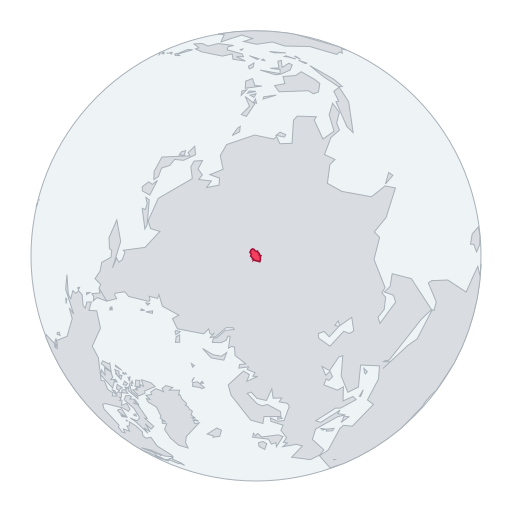 Uvs on an orthographic globe, rotated 222°
{"feature_id": "MNG-3322", "entity_name": "Uvs", "entity_type": "Province", "adm_level": 1, "iso_a3": "MNG", "parent_name": "Mongolia", "parent_adm1": "", "projection": "orthographic", "projection_center": [92.636, 49.633], "detail": "fine", "context": "on_globe", "style": "filled", "palette": "rose", "viewbox_px": 512, "rotation_deg": 222, "n_neighbors": 0, "source": "natural_earth", "source_scale": "10m", "svg_char_len": 13335}
<svg xmlns="http://www.w3.org/2000/svg" viewBox="0 0 512 512"><g transform="rotate(222 256 256)"><circle cx="256" cy="256" r="225" fill="#eef3f6" stroke="#a8b0b8"/><path d="M358.0,55.1L359.5,57.1L347.1,56.2L344.5,53.7L341.8,54.2L344.9,57.7L347.6,59.9L342.6,69.9L350.7,86.5L360.1,92.6L352.7,90.9L375.2,103.9L384.0,115.6L369.8,101.9L365.1,100.3L368.9,107.7L364.9,107.7L364.5,111.4L359.3,110.9L351.4,103.5L348.0,103.1L350.9,108.5L347.6,111.7L343.8,103.8L337.7,108.7L323.3,98.3L317.3,79.4L305.2,75.0L287.8,59.9L285.1,61.7L276.9,57.7L270.7,58.5L269.2,55.9L265.6,58.8L268.1,61.1L267.4,63.2L264.0,64.0L261.5,60.7L262.9,59.8L260.4,59.3L260.6,57.4L258.6,58.8L256.0,55.0L253.5,60.0L247.2,58.0L246.9,55.2L253.5,53.9L269.1,45.6L270.8,43.2L266.5,40.6L244.6,38.6L243.7,36.8L237.7,35.6L235.1,37.0L238.9,38.6L232.7,41.3L238.1,43.3L236.3,44.9L239.2,48.1L231.6,49.4L222.7,49.2L220.0,46.8L216.0,46.9L212.8,50.9L202.1,48.7L185.4,51.6L183.4,51.2L189.9,46.3L204.4,41.3L212.8,36.8L200.2,41.8L195.4,41.3L191.6,42.2L187.6,43.7L186.6,44.8L183.5,45.3L194.8,40.1L197.9,39.6L194.2,41.1L201.1,39.0L208.7,36.3L205.7,36.6L219.0,33.8L234.7,31.7L250.6,30.8L266.5,31.0L282.3,32.3L298.0,34.7L313.5,38.2L328.7,42.8L343.5,48.4L358.0,55.1ZM454.0,148.7L452.6,146.4L452.1,145.2L454.0,148.7ZM452.7,146.9L453.0,147.3L452.9,147.3L452.7,146.9ZM453.2,148.2L452.8,147.3L453.5,148.6L453.2,148.2ZM454.2,150.3L453.6,149.0L453.7,149.3L454.2,150.3ZM454.9,152.7L455.0,153.2L454.4,151.7L454.9,152.7ZM349.5,61.0L345.4,57.8L344.0,54.9L347.9,57.5L349.5,61.0ZM351.4,67.7L348.4,65.9L351.6,64.8L352.4,66.1L351.4,67.7ZM367.8,97.4L365.2,93.6L369.1,97.3L367.8,97.4ZM365.3,112.0L367.3,113.2L366.2,114.7L365.3,112.0ZM243.1,47.2L241.2,47.6L241.6,46.8L243.1,47.2ZM246.2,48.3L248.1,47.0L249.9,47.4L248.6,48.1L246.2,48.3ZM357.4,115.4L355.0,117.7L356.1,114.0L357.4,115.4ZM243.4,49.8L252.7,48.2L255.8,48.9L253.6,52.5L243.4,49.8ZM352.8,118.1L347.2,124.2L351.2,127.1L336.8,122.6L346.3,118.7L346.9,113.7L349.3,117.3L352.8,118.1ZM270.4,61.5L267.6,59.1L273.1,60.4L270.4,61.5ZM274.1,61.9L292.1,63.7L294.6,68.0L288.1,66.3L293.8,71.6L286.2,72.7L281.3,70.0L281.2,67.0L278.4,69.8L274.1,61.9ZM329.7,119.4L327.2,120.0L328.3,118.0L329.7,119.4ZM267.5,64.2L270.9,64.1L273.3,67.7L267.0,68.6L268.2,67.1L267.5,64.2ZM299.0,72.5L299.7,75.6L293.7,77.2L293.2,78.7L286.2,73.1L299.0,72.5ZM266.0,66.7L263.7,69.1L259.4,68.2L264.4,64.6L266.0,66.7ZM276.6,68.3L277.5,70.1L274.9,69.4L276.6,68.3ZM243.2,66.9L247.2,66.3L248.8,68.1L243.2,66.9ZM263.1,70.1L264.5,70.4L265.6,71.1L263.3,72.5L263.1,70.1ZM282.5,74.8L279.9,74.9L285.0,77.1L280.8,78.7L276.9,74.8L276.8,77.1L275.5,77.6L273.8,73.9L282.5,74.8ZM264.2,76.1L257.8,72.0L250.0,72.5L248.3,70.9L261.2,70.5L264.2,76.1ZM270.0,75.1L266.0,75.3L266.0,73.0L268.6,71.5L270.0,75.1ZM279.2,81.3L286.8,79.9L287.4,80.8L279.2,81.3ZM261.9,76.6L263.5,77.6L261.3,76.9L261.9,76.6ZM273.9,80.3L276.5,79.6L277.1,80.7L273.9,80.3ZM264.5,80.3L262.4,79.0L264.2,77.8L264.5,80.3ZM268.8,80.7L269.0,82.3L266.1,78.2L269.9,80.2L268.8,80.7ZM274.1,81.4L275.3,81.9L272.9,81.6L274.1,81.4ZM259.0,85.8L254.9,80.9L258.8,78.2L262.3,83.3L259.0,85.8ZM52.1,160.1L53.3,158.1L59.1,148.2L75.2,150.0L72.5,160.2L78.2,183.8L77.8,188.6L70.5,194.0L69.4,224.4L76.9,223.6L82.6,246.4L90.7,257.0L105.3,245.0L92.2,227.1L96.5,216.2L112.4,223.8L124.8,240.0L126.9,236.3L124.6,220.0L133.1,218.1L124.4,214.0L123.7,219.8L118.3,217.6L118.6,212.2L121.6,211.6L119.4,205.6L105.7,210.8L103.5,217.3L94.4,206.5L89.9,216.5L85.5,216.3L91.4,199.5L95.1,196.2L101.4,173.4L96.6,175.8L90.4,197.7L89.8,193.5L83.3,197.7L87.8,191.2L95.9,167.3L91.4,157.4L75.9,157.4L75.4,151.0L79.4,141.0L94.9,130.3L94.4,145.9L99.9,143.1L108.5,132.2L107.6,138.1L111.0,135.8L111.6,141.5L120.8,143.1L122.7,148.4L134.3,143.1L136.9,145.3L129.3,147.7L125.0,152.5L130.7,166.6L134.1,167.5L141.2,163.1L141.9,167.8L148.1,161.8L155.3,167.8L151.6,155.6L159.9,150.9L168.6,151.6L170.6,148.0L156.5,146.9L151.4,148.6L148.1,153.3L133.7,156.8L130.0,153.4L142.6,142.0L138.8,136.2L150.2,130.5L181.5,135.9L190.4,141.7L188.3,162.1L181.6,163.5L179.0,156.7L174.1,167.7L178.0,164.5L178.6,168.7L186.6,165.8L187.4,168.6L193.7,161.2L195.6,164.4L191.5,169.0L205.0,168.1L211.0,173.9L213.6,172.4L214.8,169.1L221.6,179.1L223.3,177.5L221.7,173.6L224.0,168.2L230.6,162.6L232.7,166.4L230.5,168.9L229.1,180.1L223.1,186.6L224.6,187.6L230.2,182.9L232.0,169.1L235.5,164.8L235.6,171.1L235.8,168.5L238.2,167.5L242.4,170.2L242.7,163.2L265.7,149.3L276.2,153.6L273.7,160.4L292.0,156.1L302.3,162.3L300.8,158.6L308.5,154.6L305.4,152.6L305.2,150.6L323.6,140.7L329.5,141.7L335.7,134.2L335.0,132.4L331.0,131.1L336.8,122.6L351.2,127.1L352.2,130.9L360.5,131.5L361.7,140.3L366.4,148.1L362.9,158.0L367.0,163.7L369.8,163.4L377.5,171.3L383.6,189.7L366.3,176.3L354.7,151.2L358.3,161.3L353.8,159.6L352.9,163.7L355.8,171.1L358.4,171.5L344.2,188.2L343.9,210.0L352.8,205.8L359.7,210.0L367.2,233.5L355.1,270.9L364.1,278.7L365.5,285.1L359.6,291.2L357.3,281.9L350.1,280.4L349.8,274.5L339.4,281.9L338.5,273.8L330.9,283.9L335.2,289.5L344.7,285.6L338.5,298.4L349.7,306.7L352.4,319.2L338.0,344.9L321.3,354.6L320.6,358.5L313.3,355.4L304.6,363.9L319.0,382.0L318.9,387.6L304.3,399.9L303.8,396.0L284.5,387.7L281.5,400.9L296.2,410.0L301.3,420.8L290.2,418.4L285.0,408.7L278.2,405.4L279.6,394.3L273.0,377.2L261.9,380.6L262.3,373.4L251.6,357.8L235.3,361.5L209.8,377.3L207.0,394.4L197.9,399.9L185.1,371.7L184.2,353.1L176.6,352.5L166.0,332.4L138.9,318.9L137.8,312.8L132.1,312.1L125.0,302.1L124.3,292.1L118.8,288.9L121.4,315.2L127.6,318.8L136.6,315.1L135.9,323.0L143.0,334.0L125.4,343.1L89.7,333.6L90.8,319.6L87.4,267.6L90.1,264.5L90.2,263.9L90.5,262.9L85.5,267.2L86.4,257.3L83.3,290.9L80.8,302.4L89.1,334.0L87.2,334.5L91.3,342.5L109.9,351.3L109.0,355.2L97.4,366.5L75.7,369.8L81.2,386.7L84.2,396.7L76.5,391.3L83.2,400.5L82.6,399.8L72.3,386.4L63.0,372.3L54.9,357.4L47.8,342.1L41.9,326.2L37.3,309.9L37.0,308.9L32.1,277.3L32.8,269.5L32.7,261.3L31.7,254.9L32.2,245.1L32.1,240.3L32.9,224.6L35.9,208.0L40.1,191.6L45.5,175.7L52.1,160.1ZM62.5,156.1L60.3,158.5L62.5,156.1ZM133.3,265.8L143.8,274.5L147.1,260.3L151.5,262.7L151.0,257.2L147.3,259.3L147.5,245.0L154.9,245.5L157.8,240.0L154.4,236.9L140.7,238.5L140.4,258.7L134.6,261.1L133.3,265.8ZM194.7,41.6L193.7,42.0L189.5,43.4L191.1,42.5L194.7,41.6ZM173.5,52.0L168.9,52.6L173.2,51.3L174.5,50.0L185.2,46.1L183.0,50.8L182.1,49.2L173.5,52.0ZM198.9,42.8L192.4,44.3L199.6,42.5L198.9,42.8ZM129.2,118.9L126.7,122.8L122.4,123.7L120.1,118.1L126.3,116.5L129.2,118.9ZM124.2,128.2L137.3,119.1L139.3,122.6L136.0,122.1L136.0,125.3L130.6,125.4L119.6,138.1L115.1,139.9L113.2,127.9L116.3,130.6L118.6,126.5L124.2,128.2ZM167.4,93.8L173.1,91.0L170.0,102.0L165.0,103.4L162.3,97.6L166.7,92.6L167.4,93.8ZM237.8,56.9L240.2,55.9L240.9,56.7L239.4,58.2L237.8,56.9ZM244.9,66.5L228.1,62.4L230.0,61.0L217.9,61.0L218.1,57.2L226.0,57.2L217.1,54.6L224.2,53.2L217.7,52.0L235.1,52.4L241.2,51.4L234.3,53.9L233.9,57.3L235.6,58.5L244.8,61.1L257.7,61.0L259.4,64.7L257.2,67.4L254.3,68.0L254.1,65.3L250.5,68.1L248.0,64.7L244.9,66.5ZM229.8,102.6L230.8,98.2L223.0,105.1L220.5,100.9L219.8,102.0L215.4,100.2L208.7,99.9L208.5,97.7L206.0,98.6L203.0,97.6L199.5,98.1L197.9,94.5L193.5,94.9L195.3,93.0L188.1,94.9L192.8,91.9L189.3,90.5L186.6,94.1L187.0,75.2L183.5,70.2L178.0,67.9L186.8,63.7L197.6,63.4L207.9,65.9L210.0,71.6L213.6,68.9L215.7,70.9L212.0,72.2L218.9,71.5L219.6,73.5L228.9,77.1L238.5,75.3L242.1,76.7L238.7,78.5L244.7,78.8L240.7,83.2L243.2,84.5L241.8,90.3L233.8,93.4L237.2,94.6L236.3,99.4L229.8,102.6ZM258.3,87.4L249.3,91.5L243.6,91.4L248.4,81.3L246.7,79.6L249.6,73.6L258.0,74.0L256.4,75.6L256.7,77.4L254.0,76.5L256.5,78.5L254.4,80.9L255.7,83.1L252.4,83.8L258.3,87.4ZM81.4,189.2L81.9,192.1L83.5,195.8L79.4,198.7L81.4,189.2ZM86.6,172.9L87.6,174.7L82.7,180.1L82.2,177.3L86.6,172.9ZM92.4,171.2L88.1,174.3L90.1,171.0L92.4,171.2ZM130.6,149.2L132.2,151.1L130.7,152.5L127.9,153.0L130.6,149.2ZM206.2,123.7L207.7,120.9L209.2,121.0L215.9,116.7L218.3,119.6L215.2,123.4L206.2,123.7ZM100.7,244.7L95.9,244.6L95.8,241.5L97.4,242.1L100.7,244.7ZM85.3,220.9L86.8,228.4L84.2,221.7L85.3,220.9ZM209.9,126.3L212.4,124.0L212.1,126.9L209.9,126.3ZM220.4,121.6L220.7,124.7L219.4,119.5L220.4,121.6ZM110.1,417.1L110.2,426.5L102.8,420.5L97.5,414.4L94.8,406.6L102.0,410.4L104.5,408.3L110.1,417.1ZM354.5,431.9L360.6,430.3L360.3,431.0L354.5,431.9ZM348.2,432.0L355.3,429.9L346.9,433.6L348.2,432.0ZM358.1,429.1L365.3,425.4L368.4,423.3L367.8,424.7L358.1,429.1ZM343.3,433.5L316.2,439.5L305.3,439.6L308.0,437.1L325.6,434.5L343.3,433.5ZM307.1,437.1L290.3,432.6L266.4,412.7L275.0,413.0L299.8,424.1L298.2,426.4L308.4,430.5L307.1,437.1ZM347.3,416.6L345.7,423.2L330.8,426.4L324.0,426.9L319.3,419.7L321.9,414.9L327.6,413.9L348.7,393.5L356.2,395.1L349.9,403.5L356.0,407.5L347.3,416.6ZM208.0,396.2L213.3,406.9L208.3,407.6L208.0,396.2ZM356.7,379.6L348.6,389.2L355.8,377.3L356.7,379.6ZM360.7,368.8L361.5,372.4L357.8,369.8L360.7,368.8ZM320.9,364.2L315.0,366.1L314.5,363.3L321.9,359.1L320.9,364.2ZM354.3,329.6L355.2,338.5L354.4,341.8L351.3,337.3L354.3,329.6ZM233.8,151.5L221.8,153.9L214.7,158.3L213.2,164.6L210.2,157.1L221.1,150.3L233.8,151.5ZM261.6,149.0L262.8,143.9L265.7,145.7L265.8,147.1L261.6,149.0ZM259.9,146.2L255.0,140.9L258.0,137.9L261.3,142.6L259.9,146.2ZM232.1,132.9L228.3,133.3L228.7,130.9L232.1,132.9ZM381.6,443.0L376.1,446.5L335.1,466.7L327.0,469.3L331.0,467.3L327.5,464.4L330.3,463.7L330.9,459.8L356.3,447.6L375.1,431.3L386.9,426.1L397.3,413.7L408.8,407.1L404.0,415.3L414.4,410.7L425.3,391.7L427.8,399.4L432.8,395.5L432.2,396.3L421.0,409.4L408.7,421.6L395.6,432.8L381.6,443.0ZM462.7,343.6L463.5,341.7L462.7,343.6ZM369.6,427.0L378.4,419.3L382.9,416.9L369.6,427.0ZM462.1,343.8L460.4,346.5L460.8,345.4L462.1,343.8ZM462.6,341.7L462.6,340.9L463.1,341.7L462.6,341.7ZM459.7,344.6L461.5,343.2L459.4,345.2L459.7,344.6ZM458.3,346.9L456.8,348.3L457.0,347.8L458.3,346.9ZM437.8,372.5L443.9,372.1L438.3,377.9L432.2,379.9L426.3,388.5L413.5,397.5L416.8,392.8L415.4,389.9L401.5,396.9L398.7,395.7L403.9,391.0L394.3,393.8L404.8,386.8L408.9,390.2L414.7,382.1L424.2,376.5L433.0,371.4L439.5,369.3L437.8,372.5ZM404.3,399.5L406.1,398.4L404.4,401.0L404.3,399.5ZM453.9,349.6L456.1,349.0L455.7,350.1L454.6,351.3L453.9,349.6ZM441.1,366.9L448.4,355.0L450.0,353.3L445.1,363.5L441.1,366.9ZM446.9,353.8L450.0,351.0L451.5,351.7L450.8,353.2L446.9,353.8ZM383.0,405.4L382.5,407.2L379.7,407.2L383.0,405.4ZM386.7,402.8L395.0,400.4L385.8,404.5L386.7,402.8ZM360.2,407.6L362.8,410.7L371.0,405.1L364.7,411.1L370.1,415.3L368.1,418.3L362.8,413.6L360.6,421.2L356.9,422.3L355.1,417.0L358.9,408.3L362.6,403.8L377.4,396.9L360.2,407.6ZM386.7,398.1L384.4,394.4L386.1,390.5L388.6,391.9L386.7,398.1ZM377.3,385.5L370.9,381.9L365.3,386.3L376.2,373.5L380.7,379.1L377.3,385.5ZM371.3,374.2L366.2,378.3L371.3,371.2L371.3,374.2ZM364.6,376.7L363.7,372.5L368.0,371.6L364.6,376.7ZM374.1,373.4L374.5,365.5L376.9,369.1L374.1,373.4ZM361.0,363.0L370.7,367.3L358.7,368.2L356.6,353.3L361.6,351.3L361.0,363.0ZM378.8,287.2L376.7,282.7L380.8,279.7L381.1,283.6L378.8,287.2ZM392.1,266.6L381.1,277.4L372.0,286.4L375.6,287.3L375.0,296.6L368.7,290.8L373.9,278.6L381.1,273.3L380.7,265.6L385.0,258.1L381.7,249.6L383.1,244.5L388.3,250.7L392.1,266.6ZM379.9,246.2L375.7,230.2L384.0,228.3L386.9,231.4L385.3,239.4L380.9,239.9L379.9,246.2ZM377.1,225.9L372.9,226.3L357.7,206.2L356.6,201.7L372.5,215.3L369.4,216.5L371.7,221.9L377.1,225.9ZM328.8,121.8L327.3,120.1L329.9,120.8L328.8,121.8ZM303.3,149.6L303.6,146.9L306.5,147.5L303.3,149.6ZM305.9,140.0L302.3,141.1L305.2,138.4L305.9,140.0ZM294.6,144.0L300.5,140.8L296.1,146.1L294.6,144.0Z" fill="#d9dde1" stroke="#a8b0b8" stroke-width="1"/><path d="M255.3,251.1L255.5,251.4L255.5,251.5L255.8,251.6L255.9,251.9L256.0,251.9L256.3,251.7L256.6,251.4L256.8,251.5L256.8,251.8L256.9,252.0L257.0,252.1L257.3,252.2L258.0,252.2L259.1,252.3L260.0,252.3L260.1,252.6L260.2,252.8L260.3,253.3L260.3,253.5L260.4,253.8L260.6,253.9L260.7,254.0L260.8,254.1L260.9,254.3L261.0,254.4L261.3,254.3L261.8,254.3L262.0,254.5L262.9,254.6L263.0,254.7L263.1,254.8L263.2,255.0L263.2,255.4L263.2,255.5L263.2,255.9L263.2,256.0L263.3,256.1L263.3,256.4L263.4,256.5L263.5,256.5L263.8,256.7L263.8,256.8L263.8,257.1L263.6,257.6L263.6,257.8L263.6,258.0L263.6,258.3L263.6,258.5L263.5,258.9L263.4,258.9L263.2,259.0L262.9,259.2L262.7,259.3L262.4,259.5L262.0,259.6L261.6,259.6L261.4,259.6L261.2,259.5L260.8,259.5L260.7,259.5L260.0,259.2L259.9,259.2L258.8,259.8L258.7,259.9L258.6,260.1L258.4,260.3L258.1,260.8L257.9,260.7L257.7,260.5L257.6,260.4L257.5,260.2L257.4,260.0L257.2,259.9L256.9,259.8L256.7,259.9L256.6,260.1L256.3,260.2L256.1,260.2L255.1,259.9L255.0,260.0L254.9,260.0L254.8,259.9L254.7,259.6L254.6,259.4L254.4,259.5L254.3,259.4L254.1,258.7L253.9,258.6L253.7,258.6L253.4,258.8L253.2,259.1L252.9,259.5L252.7,259.6L252.7,259.4L252.6,259.0L252.5,258.9L252.4,258.8L252.4,258.7L252.1,258.6L251.9,258.1L251.8,257.9L251.7,257.9L251.6,257.7L251.6,257.4L251.5,257.2L251.2,257.2L250.9,257.0L250.9,256.9L250.9,256.7L250.6,256.5L250.2,256.3L250.1,256.2L250.0,255.9L249.9,255.8L249.9,255.7L249.7,255.4L249.7,255.2L249.6,254.8L249.6,254.6L249.4,254.5L249.3,254.4L249.4,254.2L249.5,254.1L249.8,254.1L250.2,253.8L250.3,253.8L250.4,253.7L250.6,253.6L250.9,253.7L251.0,253.7L251.2,253.4L251.3,253.3L251.5,253.2L251.8,252.9L252.2,252.8L252.3,252.8L252.6,252.7L252.9,252.7L253.0,252.7L253.1,252.4L253.4,252.3L253.5,252.0L253.8,251.9L254.0,251.8L254.6,251.9L254.8,251.8L255.0,251.7L255.2,251.4L255.2,251.2L255.3,251.2L255.3,251.1Z" fill="#f43f5e" stroke="#9f1239" stroke-width="1.5"/></g></svg>